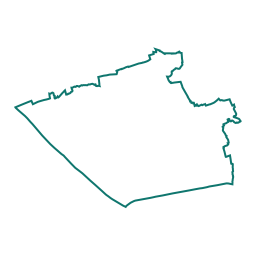 the district of Tra Cu, Trà Vinh, Vietnam
{"feature_id": "81297802B8258305147124", "entity_name": "Tra Cu", "entity_type": "district", "adm_level": 2, "iso_a3": "VNM", "parent_name": "Vietnam", "parent_adm1": "Trà Vinh", "projection": "albers", "projection_center": [106.32, 9.701], "detail": "fine", "context": "isolated", "style": "outline", "palette": "teal", "viewbox_px": 256, "rotation_deg": 0, "n_neighbors": 0, "source": "geoboundaries", "source_scale": "gbopen_adm2", "svg_char_len": 5514}
<svg xmlns="http://www.w3.org/2000/svg" viewBox="0 0 256 256"><path d="M181.6,53.0L181.2,53.0L180.5,52.8L180.3,52.6L179.6,52.0L179.3,51.6L178.9,51.8L179.1,52.4L179.1,52.5L178.5,52.5L177.6,52.5L177.3,52.5L176.3,53.2L175.8,53.4L172.6,53.6L172.7,53.4L165.0,53.3L165.1,53.8L164.9,54.0L164.3,53.7L163.4,53.1L162.6,52.5L161.0,51.5L160.4,51.3L159.9,51.2L159.7,51.1L159.7,50.5L155.5,49.1L155.8,49.6L156.2,51.4L156.3,52.0L156.2,52.2L154.3,52.1L153.3,51.9L153.3,52.2L153.3,52.5L153.7,53.6L153.7,54.0L149.1,55.4L150.3,59.3L149.3,60.0L148.7,60.4L147.7,61.0L145.7,61.8L143.4,62.5L142.5,62.6L142.0,62.9L138.8,63.5L128.8,66.9L128.7,66.6L127.9,66.6L125.8,67.3L124.0,68.2L121.7,69.1L121.6,68.9L120.1,69.4L117.2,70.5L116.7,70.6L116.5,70.8L116.8,71.0L117.1,71.3L117.3,71.7L117.2,72.2L117.0,72.7L116.8,73.8L116.6,74.2L109.7,74.6L106.7,75.3L103.6,75.7L98.3,77.0L98.9,79.7L99.4,84.2L99.3,85.1L99.5,85.7L99.6,86.0L99.2,85.9L97.6,85.9L97.2,86.1L96.2,86.0L95.7,85.6L95.7,85.4L95.7,84.7L95.5,84.3L95.2,84.3L94.5,84.7L94.3,84.8L94.1,84.7L93.4,84.2L92.9,84.0L92.4,83.8L91.9,83.9L90.9,84.1L90.3,84.4L90.0,84.4L89.7,84.5L89.1,84.4L88.5,84.4L87.7,85.0L87.1,85.3L85.9,85.1L84.9,85.2L83.9,85.1L83.2,85.1L82.9,85.2L82.6,85.4L82.4,85.5L81.5,85.2L81.2,85.3L80.6,85.8L79.9,86.0L79.6,86.3L79.3,86.7L79.2,86.7L77.6,86.0L77.2,86.0L76.7,86.0L76.4,86.1L75.8,86.8L75.6,86.9L75.2,86.9L74.4,86.6L72.6,87.6L72.1,87.7L71.5,87.7L71.7,88.7L72.5,90.5L72.4,91.1L72.3,91.4L72.2,91.5L71.3,91.8L71.1,91.9L70.8,92.3L70.6,92.7L70.0,93.2L69.5,93.4L69.0,93.5L68.7,93.8L68.3,93.7L68.0,93.8L67.7,94.2L67.5,94.4L66.2,94.6L65.0,90.3L64.1,91.2L63.9,91.6L62.7,92.7L58.9,97.0L58.1,97.5L57.9,97.3L57.8,96.6L57.7,96.5L57.5,97.0L55.8,97.8L55.9,98.1L55.5,98.3L55.0,98.5L54.5,97.9L54.6,97.7L54.9,97.3L55.0,97.1L54.9,97.0L54.8,96.8L54.4,96.6L54.4,96.3L54.7,96.0L54.7,95.8L54.3,95.5L53.9,95.3L53.8,95.2L53.7,94.9L53.5,93.3L53.4,93.2L52.8,92.7L52.3,92.6L51.9,92.8L51.0,93.4L50.6,93.7L49.9,93.8L49.3,93.6L49.4,94.8L49.6,96.1L50.0,98.4L49.0,98.8L46.4,99.5L44.0,100.0L39.2,101.4L37.7,101.9L32.9,104.2L31.4,100.8L27.3,102.4L22.6,104.3L15.4,107.3L15.7,107.8L18.5,110.4L25.0,116.0L27.2,118.2L30.4,121.9L32.5,124.1L42.2,135.5L46.7,140.3L50.3,144.1L54.5,148.0L61.4,154.0L63.7,155.6L64.9,157.0L71.2,163.7L75.2,167.8L80.6,171.9L82.5,173.4L90.4,180.7L95.2,184.9L102.1,191.1L105.8,194.5L106.7,195.2L108.3,196.3L110.5,198.0L112.3,199.2L123.2,205.7L125.7,206.9L126.3,206.0L127.4,205.1L128.9,204.0L130.7,202.7L133.9,201.1L135.3,200.6L150.7,197.8L153.5,197.2L155.6,196.7L162.4,195.5L172.7,193.4L188.7,190.5L195.5,189.2L199.9,188.4L202.4,188.1L207.2,187.1L209.3,186.5L217.2,185.2L226.4,183.4L227.2,183.4L228.5,183.5L231.8,184.2L232.4,184.3L232.4,183.6L232.5,182.9L232.4,181.4L232.6,180.8L232.7,179.5L233.2,176.9L233.1,176.5L232.9,176.2L232.9,175.9L233.0,175.4L232.9,175.1L232.6,174.6L232.5,174.2L232.6,173.7L232.4,172.6L232.4,172.0L232.5,171.8L232.9,171.6L233.1,171.2L232.9,170.0L232.9,168.7L232.7,167.5L232.8,164.1L232.6,163.9L232.0,163.7L231.3,163.8L231.2,163.7L231.0,162.1L230.6,159.2L230.0,155.4L227.6,156.3L226.4,156.8L225.9,156.9L225.7,156.7L224.5,151.7L223.4,148.1L223.9,147.8L223.9,147.6L223.7,147.1L223.6,146.9L225.0,146.1L227.2,145.4L227.6,144.8L227.9,144.7L228.2,144.4L228.0,143.6L227.8,143.2L228.4,143.1L228.6,142.9L228.7,142.7L228.2,140.4L228.2,140.1L227.8,139.3L226.3,137.1L226.2,136.8L226.6,136.0L226.3,135.8L225.7,135.1L225.5,134.8L225.1,133.7L224.9,133.5L223.2,131.1L223.0,130.8L222.9,130.6L222.9,129.9L223.2,128.2L223.3,127.7L223.0,127.2L222.6,126.8L222.7,126.6L223.1,126.3L224.0,125.6L223.5,124.7L223.4,124.3L224.4,123.8L226.0,123.3L227.0,122.6L227.7,122.0L228.1,122.0L228.3,121.9L228.3,121.7L228.5,121.5L228.4,121.2L227.8,120.2L227.6,119.5L228.5,119.0L228.8,118.9L229.3,119.1L229.4,119.3L229.5,120.2L229.6,120.4L230.7,121.3L231.1,121.3L231.3,121.2L231.5,121.0L231.9,120.6L232.0,120.5L232.5,120.6L233.0,120.9L233.9,121.7L234.0,121.9L234.2,122.2L235.3,122.8L235.9,123.0L236.6,122.7L236.8,122.5L237.5,122.6L237.8,122.8L238.8,122.4L239.2,122.0L240.2,121.6L240.6,121.3L240.6,121.1L239.9,120.2L239.3,119.2L238.8,118.8L236.7,118.0L233.9,117.1L233.7,116.9L233.7,116.7L233.8,116.4L234.2,116.0L234.7,115.9L235.1,116.0L235.7,115.7L235.9,115.4L236.1,114.7L236.2,114.2L236.2,113.8L235.7,112.7L233.8,109.1L233.8,108.7L234.1,107.8L234.8,107.1L234.4,106.3L234.0,104.6L232.6,105.5L232.3,105.6L232.0,105.0L230.7,102.2L229.6,99.3L224.4,100.6L223.5,100.6L223.1,100.5L222.4,100.4L221.9,100.1L221.5,100.1L220.3,100.4L219.3,99.4L218.7,98.7L216.8,100.5L215.3,101.7L214.4,102.4L213.3,103.0L210.2,104.3L209.9,104.4L209.5,104.4L205.9,105.6L205.1,104.1L204.6,104.4L203.8,104.5L203.2,104.7L202.5,105.1L202.2,105.2L201.5,104.7L198.7,106.1L198.2,105.9L197.7,105.3L197.1,105.6L196.8,104.9L196.7,104.4L195.4,105.2L195.4,105.7L194.7,106.0L193.9,103.0L193.1,103.3L192.7,102.5L191.4,102.9L190.7,101.2L190.1,101.4L189.9,100.8L189.8,100.6L189.9,100.4L189.6,99.8L188.8,98.7L188.1,97.5L187.7,96.8L187.8,96.6L187.5,96.1L185.0,91.8L182.4,87.2L182.3,86.7L182.3,86.4L182.2,86.1L180.6,81.8L174.7,82.5L171.1,83.1L170.9,83.0L170.6,82.0L170.3,82.1L170.0,82.2L169.6,81.8L169.1,81.0L168.6,80.3L167.9,78.4L167.3,77.1L167.1,76.6L168.5,76.7L169.2,76.6L169.9,76.3L170.3,76.0L171.2,75.1L171.6,74.4L171.8,73.7L171.8,73.0L171.6,72.0L171.8,71.3L172.0,71.2L172.6,71.1L173.5,70.1L174.5,69.4L174.8,69.3L175.2,68.9L175.6,68.3L176.5,68.3L178.3,68.8L178.9,68.8L179.5,68.7L179.8,68.4L180.5,67.3L182.4,64.8L182.0,62.3L182.1,62.1L182.2,62.3L182.5,62.2L182.4,61.1L182.0,58.5L181.9,56.9L181.6,53.0Z" fill="none" stroke="#0f766e" stroke-width="2"/></svg>